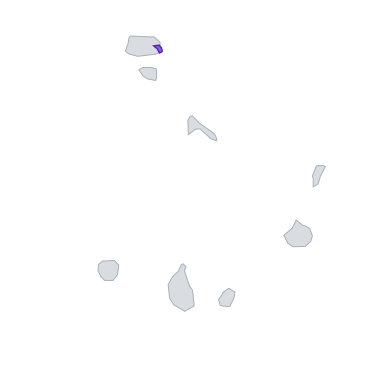 location of Paul within Cabo Verde, rotated 28°
{"feature_id": "CPV-5062", "entity_name": "Paul", "entity_type": "state/province", "adm_level": 1, "iso_a3": "CPV", "parent_name": "Cabo Verde", "parent_adm1": "", "projection": "orthographic", "projection_center": [-25.008, 17.112], "detail": "fine", "context": "in_parent", "style": "filled", "palette": "violet", "viewbox_px": 384, "rotation_deg": 28, "n_neighbors": 0, "source": "natural_earth", "source_scale": "10m", "svg_char_len": 1416}
<svg xmlns="http://www.w3.org/2000/svg" viewBox="0 0 384 384"><g transform="rotate(28 192 192)"><path d="M247.4,291.5L241.6,300.8L228.8,300.1L222.2,296.4L214.4,284.9L214.6,275.9L217.2,268.1L216.7,261.4L217.8,259.6L221.8,260.8L222.4,265.3L234.2,276.3L238.5,278.4L247.4,291.5ZM80.4,97.7L71.1,99.8L67.1,98.8L65.8,90.8L64.0,85.5L64.4,83.2L85.8,72.9L93.4,74.7L98.7,82.9L95.1,87.4L80.4,97.7ZM297.2,167.8L305.3,169.5L308.3,168.8L313.4,169.2L319.0,174.4L320.0,180.0L317.4,187.0L306.8,192.9L300.7,192.3L293.4,187.1L297.5,176.7L297.2,167.8ZM163.8,307.2L156.2,311.1L151.0,309.4L145.9,305.5L143.5,299.8L145.5,294.9L155.6,289.0L161.7,290.9L165.0,299.9L163.8,307.2ZM184.4,130.0L188.4,133.0L189.7,135.1L183.8,136.2L169.5,132.4L165.7,134.8L161.9,143.1L154.6,130.5L155.0,125.9L156.6,124.6L166.8,127.9L184.4,130.0ZM272.7,278.4L270.0,278.8L265.9,274.3L266.8,268.1L266.3,266.4L269.8,259.7L276.9,260.2L278.7,265.1L279.1,275.3L272.7,278.4ZM107.5,110.6L99.7,113.0L94.8,112.7L87.8,109.2L90.0,105.3L97.6,101.1L102.8,100.2L107.1,107.8L107.5,110.6ZM299.6,125.5L296.6,130.6L292.7,123.1L290.7,121.4L289.6,110.5L295.1,107.2L297.8,106.9L298.0,118.1L299.6,125.5Z" fill="#d9dde1" stroke="#a8b0b8" stroke-width="1"/><path d="M94.2,77.8L94.7,78.3L97.0,78.9L97.5,79.2L97.8,79.8L99.1,80.9L99.5,81.6L99.3,82.7L98.7,83.6L98.0,84.5L96.7,83.6L94.0,81.8L89.7,81.0L91.5,79.6L93.0,78.5L94.2,77.8Z" fill="#8b5cf6" stroke="#5b21b6" stroke-width="1.5"/></g></svg>